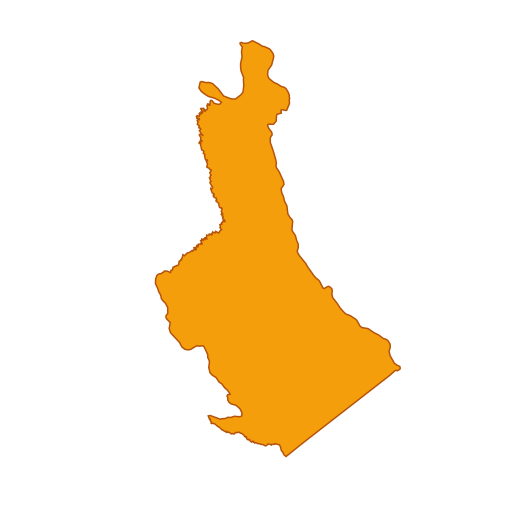 outline of Juruá, Amazonas, Brazil, rotated 322°
{"feature_id": "56859067B52882726289547", "entity_name": "Juruá", "entity_type": "district", "adm_level": 2, "iso_a3": "BRA", "parent_name": "Brazil", "parent_adm1": "Amazonas", "projection": "equal_earth", "projection_center": [-66.308, -3.375], "detail": "fine", "context": "isolated", "style": "filled", "palette": "amber", "viewbox_px": 512, "rotation_deg": 322, "n_neighbors": 0, "source": "geoboundaries", "source_scale": "gbopen_adm2", "svg_char_len": 6150}
<svg xmlns="http://www.w3.org/2000/svg" viewBox="0 0 512 512"><g transform="rotate(322 256 256)"><path d="M306.8,401.0L305.5,399.4L304.1,393.9L301.7,388.9L299.6,382.2L295.5,377.7L294.8,375.4L295.8,369.2L295.7,367.5L293.6,361.1L291.1,357.0L290.6,353.8L290.3,348.5L290.8,343.5L290.8,336.1L292.0,333.2L295.0,329.9L295.6,328.1L294.9,325.0L293.9,324.2L289.6,323.6L289.1,322.2L290.5,315.3L290.5,313.3L289.7,310.4L289.5,307.2L290.0,296.3L290.6,292.6L290.4,283.0L290.8,279.2L291.5,277.5L294.5,275.4L296.6,272.6L297.5,269.0L299.6,264.2L300.0,258.8L300.5,257.4L306.2,251.3L306.8,249.5L306.5,246.4L307.0,242.5L311.2,235.5L312.2,230.4L314.4,225.6L315.1,222.4L316.5,219.5L317.7,218.2L322.0,216.9L323.6,214.2L326.1,203.9L326.5,198.9L327.2,197.3L329.2,195.4L330.7,192.6L334.1,184.3L337.1,175.5L339.4,172.3L341.0,171.1L343.1,170.6L344.1,169.3L344.6,167.9L344.6,163.3L345.6,160.1L346.8,159.7L350.9,163.0L352.8,162.6L355.0,162.1L358.5,158.1L359.8,157.3L363.9,159.0L365.4,156.6L366.6,156.6L368.6,159.2L369.8,160.1L376.3,156.4L378.4,153.3L379.7,152.4L380.2,150.9L381.3,149.8L382.3,146.2L382.7,142.3L382.1,140.4L380.3,138.0L378.7,133.4L376.9,130.3L375.6,124.4L375.7,123.0L376.6,120.5L379.7,117.1L386.0,115.1L392.4,110.1L393.3,109.0L394.1,106.7L394.3,103.2L394.1,101.0L391.3,95.7L390.2,94.9L388.9,90.8L385.8,84.2L381.0,83.3L377.6,81.2L376.0,78.8L374.9,78.2L374.0,79.1L373.8,82.9L370.2,86.3L367.6,90.5L362.2,95.0L360.0,97.9L358.2,100.9L356.0,108.1L354.9,108.9L351.3,114.2L346.8,118.7L345.8,119.1L343.1,119.7L336.2,119.6L332.9,116.5L329.0,110.0L329.1,100.9L328.0,93.8L327.2,92.1L325.4,90.0L323.5,88.7L320.5,85.0L319.1,84.6L314.5,88.4L314.2,92.4L315.0,96.0L316.7,100.9L320.4,106.0L322.5,110.2L323.4,113.5L320.8,114.1L319.3,112.9L317.1,110.0L317.0,106.3L316.3,105.6L315.3,105.7L312.4,108.8L311.9,108.3L311.9,105.8L311.4,107.1L310.1,107.0L308.6,110.0L307.1,110.4L306.2,110.1L305.0,110.6L304.5,109.2L305.6,108.7L305.6,107.4L303.4,105.8L302.9,106.0L303.3,107.2L302.5,108.1L302.8,109.7L301.4,110.2L301.0,108.9L300.1,110.0L299.6,108.6L299.0,108.7L297.9,110.8L297.2,110.8L296.1,109.2L295.0,109.3L294.2,111.1L295.7,112.3L295.8,113.0L295.3,113.7L293.5,112.7L292.9,113.2L292.8,114.7L290.8,116.1L291.4,118.5L290.0,119.5L289.9,120.1L290.7,120.9L290.7,121.7L290.2,122.2L288.6,122.3L288.1,126.7L286.3,125.4L285.8,125.8L285.4,129.0L283.7,130.5L284.2,132.3L283.7,132.4L282.5,131.2L280.8,131.7L280.6,132.3L281.8,132.9L281.7,133.5L280.7,134.1L280.1,136.0L279.0,137.7L278.6,139.2L279.3,140.6L279.2,141.4L277.6,142.8L278.3,144.2L276.9,145.8L275.6,148.7L275.7,149.8L276.7,150.3L276.4,151.1L275.3,150.6L274.3,153.8L272.1,155.4L272.0,156.0L272.9,157.6L272.9,159.4L273.6,160.5L273.3,161.2L271.1,161.7L270.7,162.3L270.4,164.6L269.1,164.8L268.3,166.2L267.4,165.8L266.4,169.5L266.0,169.2L264.9,169.8L264.6,170.5L264.5,172.9L264.0,173.4L264.2,175.1L262.9,176.0L262.4,176.0L262.0,174.9L261.6,175.4L260.4,179.2L261.1,181.4L260.4,182.1L260.2,181.5L259.1,182.7L259.3,184.6L260.2,185.5L260.1,186.4L259.6,187.6L259.2,187.3L258.3,188.0L259.0,191.5L257.3,194.7L257.4,195.9L258.2,196.4L258.0,197.0L258.5,197.1L258.4,197.9L256.1,199.5L255.8,201.8L255.4,201.3L254.2,201.8L254.6,203.2L254.0,203.5L254.4,204.5L254.0,205.1L253.0,205.4L252.7,206.9L253.3,207.9L253.0,209.5L252.6,209.7L252.2,208.4L251.7,208.7L251.4,208.1L249.8,209.0L249.4,208.6L248.4,209.1L248.4,209.8L246.8,209.1L246.0,211.1L245.0,211.5L245.1,214.1L243.0,214.0L240.8,215.0L239.6,212.2L239.2,212.7L238.7,212.7L238.9,211.9L237.9,212.3L236.8,211.3L236.8,210.4L235.0,211.1L234.7,211.9L234.2,211.3L233.7,211.7L232.8,209.9L232.0,210.5L231.1,210.3L230.0,209.2L228.4,210.8L227.8,212.2L226.9,211.2L227.3,210.4L226.8,210.2L226.1,211.2L225.9,210.4L225.4,210.3L224.5,211.1L224.4,210.2L223.8,210.4L223.5,209.3L222.6,210.3L221.9,209.9L221.1,213.2L220.6,213.4L220.7,212.6L220.2,212.0L219.2,212.3L218.0,211.3L216.7,212.4L216.7,211.4L216.2,211.2L215.7,211.4L215.4,212.6L214.7,211.9L213.9,212.2L213.0,213.8L212.0,212.6L211.9,213.5L211.2,212.7L209.0,213.2L208.6,212.8L208.8,212.3L206.1,212.3L203.5,211.3L199.7,211.7L199.3,210.0L196.4,212.2L195.8,212.1L195.1,213.1L194.5,212.7L193.4,213.2L192.9,212.8L192.1,212.9L189.8,215.1L188.5,215.3L187.2,214.5L186.6,214.7L185.3,214.1L184.8,214.4L183.8,213.7L181.6,215.5L180.3,214.9L178.5,216.4L176.6,213.1L174.5,211.4L173.1,211.9L172.1,211.4L170.6,211.6L168.5,210.4L167.0,210.2L166.0,210.3L162.9,212.2L159.8,215.8L158.5,221.4L157.4,224.2L156.7,228.6L155.2,231.2L155.1,234.3L155.6,237.6L154.6,242.4L151.0,247.0L148.7,247.5L147.7,248.3L147.0,249.6L146.9,251.0L147.4,255.7L143.0,259.6L141.4,263.8L142.5,276.9L141.6,282.1L142.4,285.5L144.3,287.8L146.6,289.3L153.9,290.2L156.2,292.5L158.4,293.6L159.1,294.8L159.0,296.5L157.3,303.9L155.5,306.3L154.7,309.7L153.9,311.0L150.1,314.8L147.9,319.7L148.2,323.1L149.7,327.3L149.3,332.7L150.3,335.7L150.2,340.7L150.9,344.0L150.7,347.4L150.5,349.0L148.0,347.9L146.9,348.6L146.4,350.6L145.1,352.0L144.7,354.6L145.3,357.2L148.2,361.1L148.6,362.5L149.3,366.4L148.4,370.9L146.4,373.2L145.4,373.1L143.7,372.2L140.3,369.0L136.5,367.6L134.6,365.8L131.8,365.2L128.6,363.0L127.5,362.8L121.7,353.5L119.9,352.6L119.0,355.6L119.4,355.6L119.5,356.7L118.6,357.5L118.5,359.9L117.7,360.1L117.8,360.6L118.3,360.6L120.2,363.0L121.0,367.1L121.8,368.8L122.1,372.1L122.9,372.9L122.9,373.7L124.2,376.5L124.8,376.4L124.4,377.0L126.2,378.2L127.1,381.1L128.1,381.4L128.8,382.6L129.9,382.9L131.0,382.4L132.8,383.8L134.0,384.0L134.6,386.0L135.6,387.0L136.2,390.1L135.9,391.4L136.5,391.7L136.4,392.5L137.0,392.5L136.1,395.0L136.7,396.1L137.1,395.9L137.9,396.7L137.4,397.8L137.9,399.9L138.9,400.0L139.2,400.7L139.6,400.3L139.9,402.7L141.0,402.9L141.9,405.1L143.0,405.7L144.1,407.8L145.4,408.8L146.5,411.4L147.8,411.9L149.7,411.5L151.1,413.0L151.7,414.4L152.2,414.1L154.9,415.9L155.4,415.5L158.2,419.3L157.7,421.8L156.2,424.8L156.4,426.4L155.7,429.8L156.2,432.5L177.1,432.2L288.3,432.4L295.4,431.9L296.8,433.5L299.6,433.8L300.6,433.2L301.3,431.6L299.7,428.3L299.0,425.5L300.3,417.2L302.2,413.0L305.7,410.5L307.4,408.1L307.9,403.6L306.8,401.0ZM288.1,126.7L288.4,127.3L288.3,127.9L288.0,127.5L288.1,126.7ZM212.0,212.6L212.7,212.2L212.7,211.5L212.2,211.3L212.0,212.6Z" fill="#f59e0b" stroke="#b45309" stroke-width="1.5"/></g></svg>